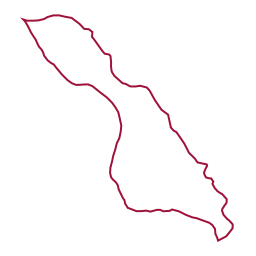 Saqulta, Suhaj, Egypt
{"feature_id": "37247803B11540085647408", "entity_name": "Saqulta", "entity_type": "district", "adm_level": 2, "iso_a3": "EGY", "parent_name": "Egypt", "parent_adm1": "Suhaj", "projection": "natural_earth1", "projection_center": [31.659, 26.692], "detail": "fine", "context": "isolated", "style": "outline", "palette": "rose", "viewbox_px": 256, "rotation_deg": 0, "n_neighbors": 0, "source": "geoboundaries", "source_scale": "gbopen_adm2", "svg_char_len": 2072}
<svg xmlns="http://www.w3.org/2000/svg" viewBox="0 0 256 256"><path d="M206.6,164.3L205.5,164.2L197.5,162.4L194.7,158.4L189.0,152.8L184.5,144.0L184.1,143.3L179.2,136.1L176.4,132.1L173.5,130.5L170.7,127.3L170.7,126.5L168.9,118.5L168.8,118.0L168.1,114.7L161.5,109.8L154.8,100.0L149.7,90.7L146.8,87.5L140.3,85.8L135.2,86.5L130.2,86.4L125.9,84.0L122.3,83.1L118.0,79.1L114.4,75.9L112.3,72.7L111.6,71.1L111.0,66.4L111.1,62.4L110.5,56.1L109.1,54.5L104.7,53.7L102.6,51.3L93.4,38.5L92.0,36.9L92.4,32.0L88.7,29.2L84.2,28.9L81.3,25.7L79.3,23.7L76.8,21.8L71.6,17.9L64.9,16.7L59.3,15.4L53.4,15.4L47.6,17.0L44.1,19.0L38.4,20.4L33.1,20.7L27.1,20.7L23.3,19.5L24.8,21.1L26.5,23.7L28.8,27.9L30.1,30.7L31.1,32.6L33.2,35.9L35.5,39.3L38.0,44.8L39.1,46.8L41.5,49.5L43.2,52.6L43.4,53.4L44.1,55.7L47.7,60.4L51.0,63.0L53.7,64.4L56.5,68.0L62.0,74.6L67.6,80.2L72.0,83.3L76.1,84.9L80.0,84.8L83.6,84.5L88.1,84.4L92.5,86.2L99.8,92.1L102.7,94.3L106.8,97.4L112.0,102.6L115.5,107.5L118.3,112.3L119.7,118.2L121.3,125.5L121.2,126.4L120.7,131.7L119.3,138.2L116.8,143.3L115.2,149.7L113.3,155.6L112.1,161.2L110.4,167.7L110.1,173.1L111.1,177.2L112.9,179.6L114.8,181.2L116.3,182.8L117.9,185.5L118.1,186.7L118.6,189.1L121.1,194.4L122.9,198.0L123.0,198.2L124.4,200.1L125.2,203.7L127.7,207.8L133.0,209.8L136.6,211.2L141.5,211.1L145.6,210.7L145.8,210.7L146.0,210.6L150.4,211.6L153.4,210.8L156.7,209.9L158.3,209.9L160.3,209.9L163.4,211.3L169.8,210.8L172.0,209.5L178.8,211.3L180.3,212.0L182.5,213.1L186.0,214.9L192.2,217.3L196.6,218.2L204.9,221.2L209.3,222.8L212.3,225.0L215.0,228.9L215.4,233.7L217.3,238.0L218.1,240.6L226.3,236.3L230.1,231.5L230.5,231.0L230.9,230.5L232.6,228.2L232.7,224.4L231.3,222.8L230.6,222.0L229.1,220.4L227.0,218.8L224.9,216.4L223.5,214.8L222.1,210.9L222.1,210.1L222.1,209.3L225.1,204.6L225.9,203.9L226.6,202.3L226.7,199.2L226.0,198.4L221.7,193.6L221.0,193.6L217.4,191.1L214.6,187.9L212.5,183.9L213.3,181.6L211.1,178.4L209.7,178.4L206.1,177.5L204.7,175.1L204.0,172.8L204.8,170.4L205.5,168.9L206.3,167.3L207.1,165.8L206.8,164.7L206.6,164.3Z" fill="none" stroke="#9f1239" stroke-width="2"/></svg>